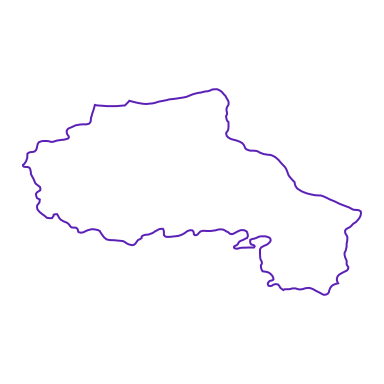 the district of Miory, Vitebsk, Belarus
{"feature_id": "67162791B84307245476990", "entity_name": "Miory", "entity_type": "district", "adm_level": 2, "iso_a3": "BLR", "parent_name": "Belarus", "parent_adm1": "Vitebsk", "projection": "robinson", "projection_center": [27.827, 55.577], "detail": "fine", "context": "isolated", "style": "outline", "palette": "violet", "viewbox_px": 384, "rotation_deg": 0, "n_neighbors": 0, "source": "geoboundaries", "source_scale": "gbopen_adm2", "svg_char_len": 5858}
<svg xmlns="http://www.w3.org/2000/svg" viewBox="0 0 384 384"><path d="M47.0,217.9L48.6,218.0L50.1,218.2L52.0,218.1L52.7,217.1L53.5,216.0L53.6,214.8L54.8,214.3L56.2,214.2L57.1,214.2L57.8,215.3L58.7,217.0L59.3,218.1L60.8,219.7L62.3,220.6L63.5,221.3L65.7,222.2L67.3,222.9L69.1,224.5L69.9,225.7L71.0,227.1L72.1,227.5L74.0,227.6L75.9,227.7L77.2,228.6L77.7,229.4L78.0,230.5L78.2,231.7L78.8,232.2L80.9,232.7L83.0,232.4L84.6,231.7L86.1,230.9L87.8,230.2L91.3,229.3L92.6,229.2L94.7,229.4L98.1,230.1L99.8,231.1L100.7,232.7L101.9,234.5L103.2,236.2L104.0,237.3L105.0,238.1L106.4,239.3L108.7,239.9L110.7,240.1L113.8,240.2L116.1,240.4L117.8,240.6L120.2,240.8L123.1,241.1L125.0,242.1L126.3,243.1L127.7,243.9L129.8,244.7L132.3,245.2L133.8,244.8L135.0,244.0L136.1,242.7L137.0,241.3L138.1,240.0L140.3,239.0L141.6,238.0L141.6,236.9L142.2,236.0L143.6,235.3L145.2,234.8L146.9,234.7L149.1,234.4L150.4,233.8L152.2,233.2L153.8,232.3L155.2,231.2L156.8,230.5L158.3,229.6L159.5,229.1L161.3,228.8L162.9,228.8L163.3,229.4L163.9,231.4L163.9,233.1L164.0,235.1L165.0,236.3L166.4,236.9L169.8,236.9L173.1,236.5L176.9,236.1L178.7,235.8L181.6,234.8L184.2,233.4L185.4,232.6L186.9,231.4L188.2,230.8L190.1,230.2L192.3,230.4L193.2,231.2L193.7,232.5L193.9,234.4L194.9,235.2L196.4,235.1L197.9,234.2L198.9,232.9L200.4,231.5L202.3,230.9L203.9,230.8L207.2,231.0L210.5,231.0L212.9,230.7L215.7,230.3L217.9,229.6L220.6,229.3L223.2,229.6L225.0,230.5L226.3,231.4L228.2,232.2L229.0,233.0L230.0,233.8L231.6,234.1L232.8,234.0L235.1,232.8L236.6,232.0L238.6,231.0L240.6,230.2L242.5,230.1L244.5,230.3L246.8,231.6L247.4,233.2L247.9,235.3L247.8,236.4L247.0,238.0L245.9,238.4L244.4,239.2L242.5,240.2L241.2,240.6L239.4,241.6L238.5,242.8L237.8,244.1L237.0,245.0L235.5,245.7L234.5,246.2L234.1,246.6L234.0,247.6L234.1,247.8L235.1,248.5L237.0,248.7L238.5,248.5L239.9,247.9L242.9,247.7L245.1,247.7L248.3,247.5L250.1,247.5L252.4,247.5L254.0,247.5L254.7,246.3L253.8,245.2L251.1,244.4L250.3,242.9L250.1,241.3L250.3,239.8L252.5,238.9L254.1,238.7L256.7,237.8L258.3,236.9L260.2,236.4L262.4,236.3L265.5,236.3L268.9,237.4L270.2,238.4L270.7,240.2L270.1,241.8L268.4,243.5L266.6,244.8L264.3,245.7L262.6,246.6L261.1,247.5L260.0,249.4L260.0,251.4L260.0,253.4L260.2,257.9L260.7,259.7L261.8,261.8L261.9,263.6L260.9,265.3L260.9,266.7L261.1,268.1L261.8,270.0L262.6,271.3L265.4,271.7L267.5,272.1L269.2,272.9L270.8,274.1L272.4,275.9L273.2,277.6L273.5,279.2L272.7,280.2L269.9,280.9L269.3,281.3L268.0,282.8L267.8,284.1L268.5,285.7L270.4,286.1L271.9,285.7L273.2,284.8L275.3,284.1L277.9,284.4L279.2,285.7L279.8,286.9L280.4,287.9L281.3,288.6L282.7,289.6L283.4,290.1L284.3,289.3L287.4,289.2L289.4,289.2L290.6,288.9L292.5,288.4L295.5,288.4L297.5,289.0L299.4,289.5L302.9,289.1L304.8,288.4L307.0,288.0L309.5,287.9L311.9,288.7L313.9,289.6L316.1,290.9L317.9,291.8L319.5,292.6L321.7,293.8L323.4,294.7L324.8,294.8L326.5,294.4L327.9,293.6L328.8,292.4L329.1,291.0L329.6,289.6L330.1,288.2L331.6,286.1L332.9,285.1L335.4,284.0L338.1,283.3L337.4,281.8L336.9,280.3L336.9,278.3L337.7,276.2L339.2,274.6L342.1,272.9L344.1,271.9L346.9,270.5L348.1,269.0L348.3,267.0L347.1,265.4L346.6,264.0L346.7,260.9L346.0,259.3L345.1,257.2L344.5,254.4L344.7,252.3L345.7,250.7L346.1,248.6L346.6,246.9L346.6,243.8L347.2,241.0L347.4,237.4L346.9,235.8L345.8,234.2L345.2,232.8L345.1,230.6L346.1,229.2L347.9,228.1L350.1,227.0L351.3,225.8L353.3,223.7L355.9,222.1L358.0,219.8L359.1,218.4L359.9,217.1L360.7,215.2L361.0,212.8L360.8,211.5L359.5,210.6L359.2,210.4L358.0,210.1L356.0,209.9L354.5,209.9L352.6,209.4L349.5,207.6L344.2,205.6L339.3,203.7L334.7,201.4L330.0,199.5L326.8,197.9L323.8,196.5L320.9,195.5L317.7,195.4L314.4,195.1L310.0,194.2L306.6,193.3L302.0,191.5L299.2,189.8L297.1,188.4L295.8,186.5L295.0,184.7L294.5,182.0L292.7,180.3L291.4,178.8L289.5,176.6L288.5,175.1L287.9,173.4L286.5,169.7L285.2,167.3L282.8,164.8L281.3,163.2L279.9,161.6L278.9,160.3L277.0,158.6L275.4,157.2L272.4,155.6L270.3,154.9L268.4,154.8L263.8,154.1L260.0,152.7L258.1,151.5L256.0,150.9L253.7,150.7L251.4,150.7L249.5,150.5L246.3,149.3L245.1,148.0L244.7,146.7L243.6,144.6L242.3,143.2L240.0,141.8L238.2,141.1L236.2,140.4L233.0,139.6L230.5,138.8L228.3,137.5L226.7,135.8L226.1,133.4L226.5,132.3L227.7,130.8L228.1,129.8L228.4,128.6L228.5,127.2L228.5,125.5L228.5,124.4L228.5,123.2L228.4,121.9L227.1,120.7L226.5,118.8L226.0,116.2L226.8,114.9L227.1,113.3L226.9,111.9L226.5,110.6L226.5,108.7L227.1,107.0L227.7,106.0L228.4,105.0L228.6,103.9L228.6,102.1L228.1,100.6L227.0,98.8L226.1,97.2L225.3,95.7L224.1,94.6L222.2,92.3L220.7,91.0L218.1,89.6L216.7,89.2L214.3,89.3L212.2,89.5L210.4,90.4L208.0,91.2L204.9,91.5L200.7,92.6L198.6,92.8L195.2,93.6L192.5,94.4L186.3,96.9L182.7,97.6L175.5,98.7L172.2,99.1L169.2,99.4L166.8,100.1L162.7,100.9L158.5,101.7L155.8,102.6L154.0,103.1L152.3,103.4L149.0,103.7L146.4,104.0L143.3,103.8L138.8,103.1L135.5,102.4L129.3,100.8L129.1,101.2L125.0,105.4L116.7,106.1L107.0,106.1L96.9,105.4L94.9,104.9L94.2,107.5L93.3,110.6L92.1,114.0L91.7,115.9L91.0,117.7L90.8,120.1L90.7,121.5L89.4,123.5L88.7,123.8L86.2,124.4L83.9,124.3L80.3,124.5L78.0,124.9L75.7,125.3L73.7,126.2L71.6,127.2L69.5,128.0L67.9,128.9L66.7,130.8L66.7,132.1L67.0,133.7L67.7,135.0L68.6,136.1L68.9,137.3L68.1,138.5L66.3,139.1L63.9,139.7L61.5,139.9L58.8,140.3L57.2,140.5L54.3,141.4L52.6,141.9L50.5,141.8L48.8,141.2L47.0,141.0L45.4,141.0L42.9,141.0L41.1,141.4L39.0,142.1L37.7,144.0L37.2,146.3L36.6,148.7L36.1,150.0L34.7,151.4L33.1,151.9L30.8,152.1L29.7,152.3L28.4,152.9L27.4,153.7L27.3,155.5L27.3,157.7L26.5,160.0L26.0,161.4L24.7,163.3L24.1,164.1L23.0,164.8L23.2,166.2L24.1,166.8L26.3,167.0L28.1,167.1L29.5,167.8L30.3,169.4L30.9,172.5L30.9,174.0L32.2,176.5L33.6,179.1L35.4,183.4L38.0,185.5L40.0,187.0L40.4,188.7L40.2,190.3L38.0,191.7L36.7,192.6L35.9,194.2L36.3,196.2L37.0,198.1L39.8,199.5L39.4,202.5L38.3,203.9L37.2,205.4L37.0,207.3L37.5,209.5L39.4,211.8L41.9,213.9L44.7,215.9L47.0,217.9Z" fill="none" stroke="#5b21b6" stroke-width="2"/></svg>